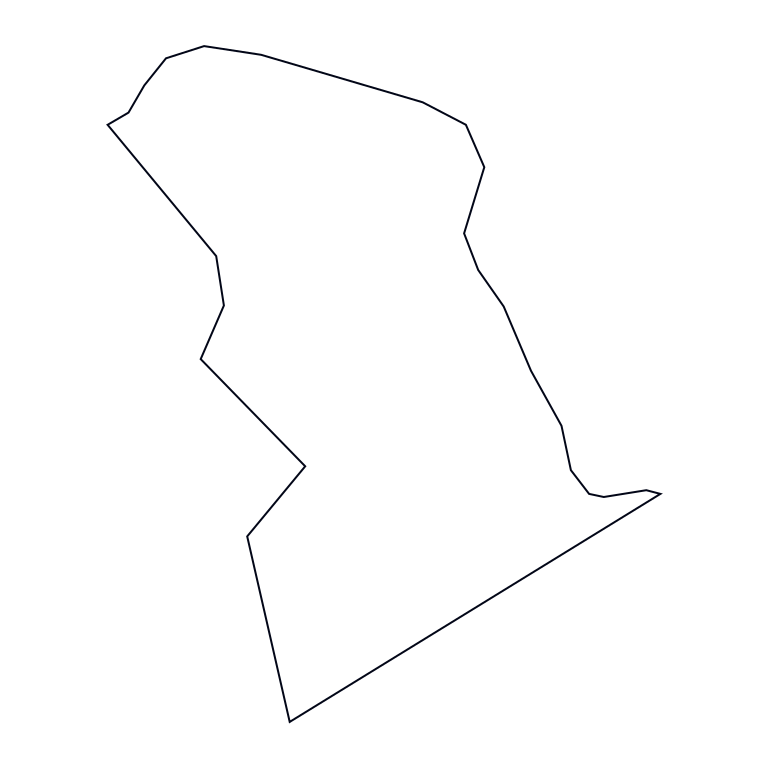 outline of Rivière du Rempart
{"feature_id": "MUS-5192", "entity_name": "Rivière du Rempart", "entity_type": "District", "adm_level": 1, "iso_a3": "MUS", "parent_name": "Mauritius", "parent_adm1": "", "projection": "mercator", "projection_center": [57.653, -20.067], "detail": "fine", "context": "isolated", "style": "outline", "palette": "ink", "viewbox_px": 768, "rotation_deg": 0, "n_neighbors": 0, "source": "natural_earth", "source_scale": "10m", "svg_char_len": 435}
<svg xmlns="http://www.w3.org/2000/svg" viewBox="0 0 768 768"><path d="M107.6,124.8L128.5,112.6L144.3,85.4L166.0,58.3L204.1,46.1L261.1,54.8L422.7,102.3L465.9,124.8L484.3,167.2L464.1,233.4L478.2,270.0L503.7,306.5L531.0,370.8L561.5,425.8L570.9,470.2L589.1,493.9L603.8,497.0L646.3,490.2L660.4,493.9L289.7,721.9L247.2,536.4L305.2,466.3L200.7,359.1L223.9,305.5L216.2,256.1L107.6,124.8Z" fill="none" stroke="#020617" stroke-width="2"/></svg>